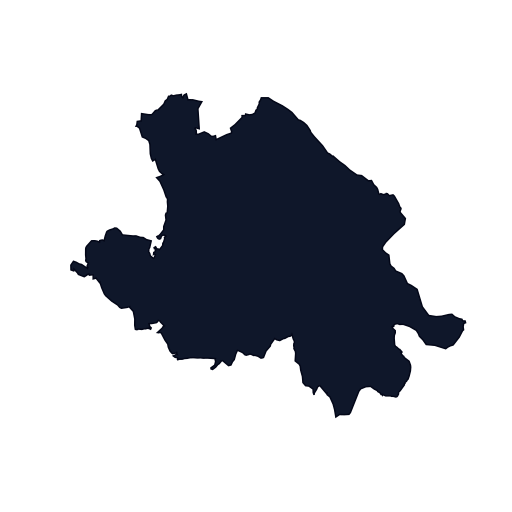 outline of Teaca, Bistrita-Nasaud, Romania, rotated 73°
{"feature_id": "2599482B42785641357283", "entity_name": "Teaca", "entity_type": "district", "adm_level": 2, "iso_a3": "ROU", "parent_name": "Romania", "parent_adm1": "Bistrita-Nasaud", "projection": "robinson", "projection_center": [24.501, 46.902], "detail": "fine", "context": "isolated", "style": "filled", "palette": "ink", "viewbox_px": 512, "rotation_deg": 73, "n_neighbors": 0, "source": "geoboundaries", "source_scale": "gbopen_adm2", "svg_char_len": 6119}
<svg xmlns="http://www.w3.org/2000/svg" viewBox="0 0 512 512"><g transform="rotate(73 256 256)"><path d="M210.6,435.7L215.2,437.0L216.9,434.7L215.2,433.9L220.0,431.6L221.7,431.2L225.6,426.3L224.8,423.3L224.4,423.2L224.3,421.0L225.6,421.0L226.1,418.1L226.6,417.3L230.3,418.4L230.4,415.4L235.6,413.4L235.3,412.9L241.2,412.8L247.8,412.1L250.1,411.3L257.0,407.1L262.4,402.6L265.3,401.3L266.6,400.0L267.5,394.0L267.4,391.6L268.2,391.8L273.1,389.5L280.8,390.3L286.7,392.2L290.8,392.8L291.4,392.0L291.7,390.6L291.4,390.3L291.5,389.7L292.8,386.7L292.9,384.3L293.4,382.7L293.3,381.3L294.0,379.6L295.2,378.2L294.4,377.5L293.3,378.9L292.9,378.8L293.1,377.8L292.4,378.2L289.4,378.2L290.1,375.3L290.6,370.8L290.2,369.7L289.0,368.3L290.1,366.9L291.3,366.6L296.0,364.1L296.1,365.1L297.6,366.8L300.4,372.6L301.0,371.4L300.9,370.5L301.8,369.1L309.9,367.6L314.5,366.1L317.4,366.5L321.7,366.0L324.2,364.9L325.1,364.2L325.2,361.7L324.9,360.0L326.9,360.1L326.3,360.6L327.1,361.8L327.4,364.3L329.2,363.0L330.4,360.8L331.3,360.8L331.8,361.3L332.3,361.2L332.3,359.3L333.1,356.6L333.1,354.4L333.7,351.7L334.0,348.7L335.1,345.0L336.4,341.7L337.1,338.9L338.2,336.4L339.4,332.2L342.2,324.9L342.6,325.3L345.2,325.5L348.3,327.4L349.8,331.8L350.8,332.0L351.8,330.7L350.5,327.1L348.7,324.4L348.2,322.7L346.5,320.1L346.1,320.0L346.3,318.5L352.8,314.3L352.9,311.8L350.3,309.5L348.7,307.1L343.9,304.1L340.8,301.4L341.4,300.4L343.7,297.8L344.6,296.9L347.2,295.5L348.0,294.3L348.1,291.5L347.9,290.6L348.9,289.0L350.4,287.4L350.7,286.0L352.5,283.3L355.1,281.1L355.3,279.3L355.2,278.5L349.8,274.2L346.3,268.7L344.7,267.8L340.4,262.2L342.1,260.8L343.8,258.0L343.0,254.1L343.2,252.5L342.4,248.6L342.7,246.9L342.1,245.1L341.5,244.6L346.4,244.6L348.4,244.2L350.6,244.8L350.9,245.4L353.0,246.2L354.2,246.2L355.7,246.8L358.8,246.2L360.9,246.6L367.8,249.2L372.1,246.3L374.3,245.9L378.3,246.6L384.8,246.8L390.8,248.1L394.5,246.5L395.9,243.4L400.0,240.3L403.3,241.2L405.8,241.1L404.1,240.3L401.1,236.9L399.3,235.5L398.7,234.0L398.7,232.8L408.1,228.8L407.9,228.1L409.4,228.5L412.4,226.5L420.2,225.5L425.7,225.7L433.3,226.7L432.0,222.5L433.5,218.0L434.6,213.4L433.3,211.5L415.4,197.2L413.6,194.7L413.1,189.1L414.2,184.5L417.8,181.8L420.0,179.5L421.3,179.1L422.9,177.5L425.1,176.8L425.6,175.9L425.4,175.4L426.1,175.5L425.8,175.0L427.7,172.8L429.0,168.4L429.9,167.2L430.2,165.9L431.7,163.5L431.7,162.5L431.3,161.7L429.7,160.1L427.9,159.5L427.0,157.6L422.6,151.8L421.8,151.8L421.3,150.7L420.5,150.6L419.8,148.8L418.7,147.6L418.2,146.6L415.6,144.7L411.1,142.0L407.6,140.6L405.6,140.2L401.4,140.4L396.5,143.9L395.1,144.1L394.5,144.7L392.1,145.7L391.3,145.4L390.7,145.6L390.8,144.7L390.4,144.5L387.3,145.9L387.0,146.5L384.1,148.2L383.4,149.0L381.6,149.4L374.9,147.9L372.3,146.9L370.2,145.3L368.1,144.7L365.0,146.5L363.3,146.5L363.2,145.5L363.6,145.1L363.4,144.7L362.3,144.5L361.7,142.4L362.2,140.1L363.3,138.9L364.4,135.1L368.3,129.7L374.0,124.4L377.7,123.4L380.5,123.2L384.9,120.9L390.4,119.1L393.7,111.0L400.1,101.7L399.2,99.3L398.7,96.5L398.7,93.5L393.0,85.4L387.8,80.3L387.3,79.1L384.2,78.6L381.2,77.1L381.1,75.1L379.3,75.0L378.5,77.3L376.7,77.6L375.3,80.1L372.3,83.7L369.0,85.7L368.4,88.6L367.9,96.1L366.7,101.4L363.4,108.2L353.2,111.8L335.0,111.7L329.6,116.1L326.6,119.3L318.2,120.4L315.5,121.7L311.2,126.8L308.2,127.6L305.1,129.8L302.5,130.3L294.0,128.7L290.9,131.2L286.9,133.3L284.2,132.3L280.7,127.9L274.9,117.5L269.1,104.9L263.8,102.2L256.6,105.3L255.4,105.2L253.2,103.5L252.0,103.6L251.2,104.2L247.7,104.3L239.2,106.2L237.6,107.1L237.3,110.9L234.9,112.1L234.3,113.2L234.7,113.7L234.6,116.2L232.9,118.4L233.2,119.5L232.7,120.4L227.9,120.2L225.7,120.6L222.2,122.6L217.6,123.5L217.0,126.5L210.0,131.5L208.1,135.8L201.0,141.4L195.7,144.4L190.2,148.6L183.1,153.0L183.4,153.5L180.1,155.6L178.4,157.5L170.1,160.1L159.0,165.4L153.7,167.5L151.8,167.5L146.0,169.2L142.3,171.4L139.2,174.1L138.3,175.7L129.2,179.7L125.1,182.7L120.1,186.9L113.1,194.1L108.3,198.0L106.3,204.7L108.0,205.9L109.7,207.9L111.5,208.4L114.6,211.3L115.7,211.7L116.4,212.6L116.5,213.3L119.0,215.2L119.6,218.1L119.1,221.1L117.2,224.4L118.6,225.1L117.7,228.3L119.4,228.7L124.3,237.7L126.3,243.0L130.0,242.9L131.3,243.7L131.4,248.5L133.1,260.1L129.1,259.6L129.1,262.0L128.5,263.8L125.2,265.9L122.2,269.2L122.8,275.5L121.9,277.9L120.7,277.5L120.8,277.1L119.1,276.6L118.1,276.5L116.2,277.2L115.8,276.9L115.7,276.2L117.7,273.1L98.1,268.5L92.6,262.7L91.3,265.5L88.1,270.9L86.7,275.4L80.6,275.2L81.0,277.6L81.9,278.8L83.3,279.7L81.7,280.6L79.7,280.1L79.5,282.2L78.9,285.0L78.7,288.2L77.4,290.0L78.1,291.7L77.7,292.9L80.3,295.1L81.1,297.4L83.6,299.5L84.3,300.6L87.8,307.2L87.5,308.3L87.6,309.8L90.2,313.9L90.3,315.0L89.3,317.8L86.4,323.8L93.2,326.3L92.6,330.2L95.5,331.5L96.8,332.7L97.0,331.9L99.7,330.0L108.9,329.9L111.3,327.0L114.3,324.8L118.3,324.8L127.4,327.2L132.0,327.5L134.9,327.0L134.1,324.0L143.9,324.0L146.9,323.5L149.4,322.0L151.2,320.4L151.9,324.4L152.0,328.1L156.5,326.0L158.1,325.8L165.8,324.8L173.3,324.6L173.9,324.2L176.0,324.0L178.3,324.9L182.6,325.8L188.3,328.1L188.8,328.6L188.8,329.5L190.4,330.6L195.3,331.5L200.8,335.6L204.0,336.6L207.2,341.1L208.4,343.4L208.2,344.0L208.5,345.2L210.0,344.9L211.0,344.3L211.6,343.4L211.5,342.2L209.4,340.6L209.0,339.8L208.9,338.6L209.4,337.3L210.2,336.5L210.7,336.4L211.4,338.1L212.8,338.3L216.9,341.1L216.7,341.4L218.7,342.2L221.5,346.1L221.7,346.7L220.9,347.1L220.5,348.2L219.6,348.9L217.8,349.3L218.2,351.0L218.9,351.0L218.7,350.6L220.5,349.9L220.9,350.6L221.4,350.5L222.5,351.4L222.7,352.7L224.3,353.4L224.1,353.0L225.3,351.8L227.9,353.9L228.2,354.9L224.9,357.0L222.4,356.9L220.5,357.4L217.9,356.4L216.8,355.2L210.9,351.8L208.3,356.0L205.4,358.4L204.3,361.3L201.7,364.9L200.9,367.8L196.8,377.6L192.6,378.6L188.7,381.1L187.9,382.9L188.3,384.8L188.3,388.4L188.8,391.0L189.4,391.8L192.8,394.3L197.0,396.8L195.8,398.2L195.6,399.7L195.6,401.0L197.0,401.6L195.3,403.7L194.2,405.9L193.4,408.8L197.2,415.1L198.3,416.2L199.5,416.8L205.2,418.6L208.7,419.3L210.7,420.2L211.8,420.0L213.7,418.4L216.3,420.5L218.9,419.9L218.4,420.3L218.8,420.7L213.1,425.3L211.9,427.4L209.4,429.8L207.7,432.1L210.6,435.7Z" fill="#0f172a" stroke="#020617" stroke-width="1.5"/></g></svg>